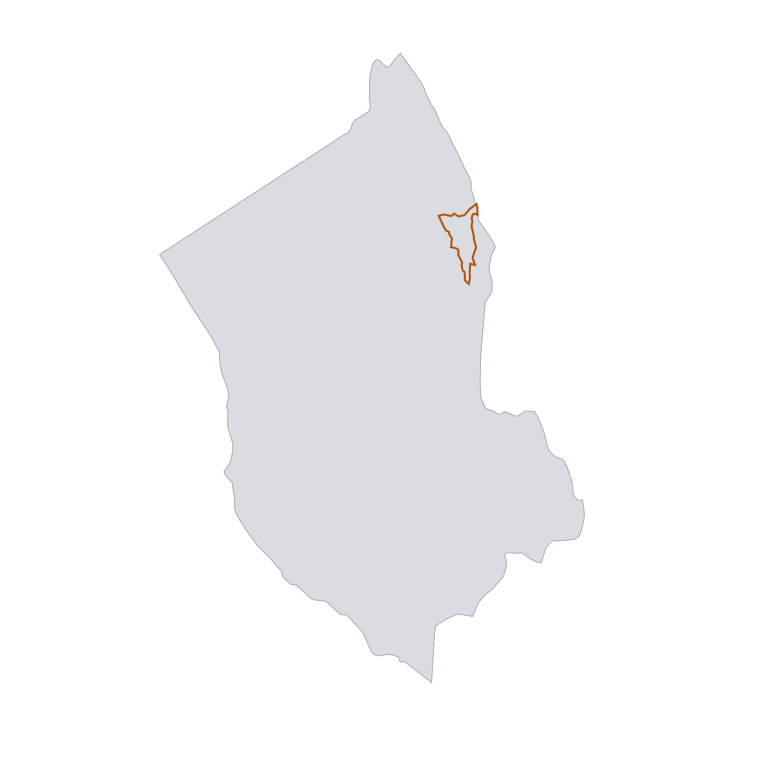 Kabarole on a map of Uganda (Equal Earth projection), rotated 147°
{"feature_id": "UGA-3106", "entity_name": "Kabarole", "entity_type": "District", "adm_level": 1, "iso_a3": "UGA", "parent_name": "Uganda", "parent_adm1": "", "projection": "equal_earth", "projection_center": [30.23, 0.607], "detail": "fine", "context": "in_parent", "style": "outline", "palette": "amber", "viewbox_px": 768, "rotation_deg": 147, "n_neighbors": 0, "source": "natural_earth", "source_scale": "10m", "svg_char_len": 3204}
<svg xmlns="http://www.w3.org/2000/svg" viewBox="0 0 768 768"><g transform="rotate(147 384 384)"><path d="M501.7,614.8L493.9,614.8L481.1,614.8L468.2,614.8L455.4,614.8L442.6,614.8L429.8,614.8L417.0,614.8L404.2,614.8L391.4,614.8L378.6,614.8L365.7,614.8L352.9,614.8L340.1,614.8L327.3,614.8L314.5,614.8L301.7,614.8L288.9,614.8L281.3,614.8L279.8,614.5L278.7,614.1L273.9,615.3L268.9,619.5L263.6,621.3L257.9,620.6L257.2,621.1L254.3,621.0L250.1,620.7L246.4,621.8L243.5,625.5L240.6,631.9L235.3,639.2L231.2,645.7L227.7,650.3L219.7,658.0L215.4,660.2L213.2,659.8L211.9,658.4L209.4,648.7L207.8,647.1L192.3,652.1L189.9,652.2L190.1,649.2L189.0,626.3L188.8,612.4L190.9,603.6L192.0,593.5L192.2,584.6L195.0,569.4L194.0,560.3L197.7,528.5L198.6,523.3L200.1,507.9L202.4,503.2L204.4,501.3L207.0,491.8L212.2,476.8L215.7,469.0L214.9,452.0L215.5,440.5L216.3,437.9L223.8,433.6L233.6,422.9L237.7,410.4L243.6,402.3L254.8,397.2L288.3,354.0L303.9,330.8L310.7,318.9L310.9,314.7L312.2,309.0L309.5,304.7L306.3,300.7L305.2,297.0L302.4,295.2L298.4,295.3L295.7,292.6L292.7,287.4L289.7,284.1L280.2,284.4L272.9,279.0L273.0,271.8L275.9,257.4L281.4,241.0L281.7,236.5L280.9,232.6L279.6,229.3L277.1,226.1L274.7,222.1L276.6,210.3L280.0,198.8L282.9,193.0L285.7,186.5L284.9,181.2L280.8,178.6L282.9,173.4L287.4,164.7L295.9,155.8L303.4,150.0L308.4,149.9L318.2,154.6L327.0,160.2L331.8,160.4L337.7,158.1L349.9,148.3L352.8,151.4L356.4,157.4L360.3,167.2L367.9,171.7L371.6,174.8L374.2,175.8L375.7,175.0L378.6,167.2L382.1,163.0L388.6,157.7L402.9,153.4L413.2,152.1L417.5,151.2L424.8,148.7L436.2,140.8L447.5,151.0L459.8,153.0L471.7,152.9L475.3,149.8L477.4,147.4L489.8,130.6L506.7,107.8L517.9,139.9L521.8,141.8L521.3,144.6L520.3,147.3L527.7,155.1L536.8,159.1L540.0,163.1L540.3,167.4L537.3,186.1L537.8,191.5L540.8,210.3L546.2,214.5L551.0,233.5L560.7,241.5L562.1,243.8L564.3,253.0L567.3,263.1L569.6,265.4L571.0,266.0L573.9,276.7L572.2,282.7L574.5,300.9L578.1,317.2L579.1,336.7L579.2,345.2L579.0,350.5L578.2,357.9L576.5,362.2L573.4,366.3L570.0,372.9L567.0,379.9L565.2,383.3L566.6,393.8L566.3,396.6L565.5,397.9L561.1,399.5L555.5,402.3L552.1,405.1L547.3,410.5L543.4,416.2L538.3,433.2L529.8,446.4L528.4,450.8L520.3,458.7L516.8,468.4L514.5,480.3L511.4,488.8L504.6,500.6L503.1,519.1L503.3,556.1L501.5,598.2L501.7,614.8Z" fill="#d9dde1" stroke="#a8b0b8" stroke-width="1"/><path d="M208.3,484.7L208.8,482.6L209.7,480.8L213.5,474.9L214.1,475.8L214.7,476.7L215.5,477.6L216.0,477.9L216.6,478.0L217.5,477.6L218.4,477.0L218.8,476.4L220.3,475.3L221.0,473.0L222.1,471.0L223.0,470.5L223.9,469.7L224.6,468.4L225.3,467.2L226.7,462.6L228.5,458.4L230.0,456.2L230.7,453.2L231.6,450.6L232.7,448.0L237.7,444.4L241.1,441.4L242.8,434.1L246.2,437.9L251.6,430.7L254.4,425.7L258.4,421.7L259.7,427.2L258.0,429.4L256.6,431.8L255.4,434.6L255.7,435.3L256.1,435.9L255.2,439.2L253.8,442.0L252.2,443.5L251.8,448.9L251.3,451.9L250.2,453.3L249.0,455.3L249.1,457.7L250.2,459.2L253.3,462.3L252.3,462.8L251.3,464.9L250.4,466.1L248.6,467.9L247.5,470.3L247.8,471.8L247.8,473.3L246.8,476.3L248.3,478.9L248.5,481.4L247.7,487.3L246.5,495.3L241.5,493.5L239.8,491.9L238.0,490.1L236.0,488.2L232.3,488.6L230.3,484.0L224.7,481.8L217.0,484.0L208.3,484.7Z" fill="none" stroke="#b45309" stroke-width="2"/></g></svg>